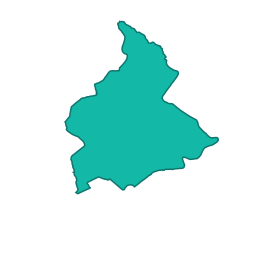 Sourou, Sourou, Burkina Faso (Albers equal-area conic projection), rotated 131°
{"feature_id": "67063806B20155029653315", "entity_name": "Sourou", "entity_type": "district", "adm_level": 2, "iso_a3": "BFA", "parent_name": "Burkina Faso", "parent_adm1": "Sourou", "projection": "albers", "projection_center": [-3.016, 13.252], "detail": "fine", "context": "isolated", "style": "filled", "palette": "teal", "viewbox_px": 256, "rotation_deg": 131, "n_neighbors": 0, "source": "geoboundaries", "source_scale": "gbopen_adm2", "svg_char_len": 5726}
<svg xmlns="http://www.w3.org/2000/svg" viewBox="0 0 256 256"><g transform="rotate(131 128 128)"><path d="M164.7,179.5L165.0,178.7L165.5,178.0L166.2,177.1L166.7,176.5L167.1,175.9L167.2,175.7L167.3,175.3L167.7,174.7L167.9,174.2L168.4,173.8L169.0,173.8L169.7,173.4L169.8,172.6L169.9,171.3L169.4,166.3L168.9,164.3L168.4,162.7L167.8,161.3L167.4,159.9L167.2,159.1L167.4,158.2L167.4,156.0L167.5,153.2L167.7,152.3L168.2,151.1L168.7,150.2L169.3,149.5L169.7,149.2L170.5,149.1L179.4,150.8L184.0,151.6L184.8,151.9L185.6,151.9L186.5,151.9L187.4,151.6L188.1,151.0L188.9,150.6L189.2,150.4L189.6,149.3L189.8,149.1L190.2,148.2L190.5,147.7L190.9,147.4L191.8,146.6L192.2,145.8L192.4,145.3L192.7,144.7L193.3,144.4L193.6,144.1L193.7,143.8L194.3,142.7L194.4,142.1L195.2,141.1L195.4,140.5L195.8,140.0L196.3,139.7L197.3,140.2L197.3,139.2L197.4,138.8L197.7,138.5L198.5,137.9L198.7,137.5L198.9,136.7L199.0,136.2L199.0,135.6L199.1,135.2L199.6,134.3L200.1,133.9L200.2,133.4L200.5,132.9L201.0,132.5L201.6,132.2L203.0,131.7L203.6,131.1L204.1,130.5L204.5,129.8L205.2,128.7L205.9,127.6L206.8,126.1L207.2,125.5L207.5,125.2L207.8,125.0L208.1,124.9L208.7,124.9L210.9,125.0L210.7,123.7L210.6,123.0L210.4,122.8L210.2,122.6L208.3,121.8L204.7,120.2L198.2,117.2L198.0,117.3L197.9,117.4L197.8,117.6L197.9,118.2L197.7,118.9L197.5,119.6L197.0,120.5L196.9,121.0L196.7,122.3L195.8,122.7L195.3,122.8L195.2,122.7L192.5,121.6L184.3,118.2L184.1,117.9L183.8,117.2L183.4,116.0L183.3,115.6L183.1,114.9L182.6,113.5L182.3,113.1L181.8,111.7L181.2,111.1L180.6,109.6L180.5,109.2L180.3,108.9L179.9,108.8L179.5,108.8L179.4,108.8L179.2,108.4L178.4,108.2L178.4,107.8L178.4,106.6L178.3,101.8L178.3,94.3L178.2,91.5L178.1,91.3L177.8,91.1L177.5,90.8L177.1,90.5L176.7,90.4L176.4,90.6L175.9,90.7L175.4,90.9L174.7,91.0L174.2,90.9L173.3,90.9L172.1,90.8L171.5,90.7L170.8,90.2L170.4,89.9L169.9,89.3L169.4,88.9L168.6,88.1L168.6,87.8L168.3,87.1L168.2,86.6L168.0,85.6L168.2,84.6L167.7,84.4L167.0,84.3L166.3,84.2L164.7,83.8L162.5,83.4L159.7,83.0L154.8,81.8L153.2,81.5L152.0,81.3L150.9,81.1L150.3,81.2L150.1,81.1L149.4,80.6L148.6,80.4L147.5,80.1L146.6,80.3L145.7,80.2L144.4,79.8L143.6,79.3L142.7,78.7L142.0,78.3L141.8,78.2L141.6,78.1L141.3,77.9L139.8,77.0L138.7,75.9L138.4,75.5L137.9,75.5L137.8,75.3L137.2,74.7L137.0,74.4L137.1,74.1L136.8,74.0L136.6,73.8L136.6,73.6L136.1,73.3L135.9,73.0L135.7,73.1L135.1,73.0L134.7,72.7L134.5,72.4L133.7,71.5L131.2,68.9L130.0,67.1L129.6,67.0L129.3,66.7L128.4,66.1L122.8,60.7L121.8,60.1L120.9,60.0L119.2,60.7L118.4,61.6L118.2,62.2L115.8,66.4L114.7,67.2L113.8,67.2L112.5,65.2L111.1,60.7L108.8,58.5L105.6,55.7L104.9,55.5L102.6,55.3L100.6,55.4L98.7,56.0L95.1,57.0L92.5,57.1L88.6,55.3L85.6,53.3L84.0,52.7L80.4,51.7L78.7,51.7L77.6,52.1L76.7,53.7L76.9,54.5L77.4,55.3L80.4,58.2L81.3,59.6L81.4,63.1L80.9,65.9L81.2,67.0L81.1,70.1L80.8,72.5L80.6,75.0L79.3,77.6L78.9,77.8L77.6,79.9L77.1,81.8L78.0,85.6L79.1,91.2L80.2,99.9L80.4,103.4L80.5,108.9L80.7,110.5L83.1,113.8L83.2,115.4L84.0,117.4L84.1,119.2L83.2,121.8L81.2,122.7L78.5,123.0L73.3,123.5L67.7,123.9L65.7,124.2L63.1,124.2L60.3,124.5L57.7,124.7L54.4,125.4L53.3,126.1L52.8,127.1L52.9,128.4L54.3,131.4L55.1,135.7L55.2,137.5L54.7,140.4L53.0,142.5L52.1,142.8L52.2,143.0L51.5,144.0L51.7,144.4L51.7,144.6L52.0,145.1L52.0,145.3L51.9,145.6L51.7,145.8L51.1,146.0L50.2,145.9L49.8,145.8L49.5,145.9L49.3,146.3L49.2,146.6L49.2,147.3L49.1,147.8L48.7,148.7L48.7,149.0L48.8,149.3L48.8,149.8L48.7,150.1L48.3,150.7L47.9,151.1L47.7,151.2L47.6,151.4L47.4,151.8L47.3,152.5L47.1,153.0L46.8,153.2L46.0,153.8L45.7,154.1L45.7,154.4L45.7,154.9L45.9,155.4L45.8,155.8L45.7,156.1L45.3,156.5L45.1,156.7L45.1,156.9L45.6,156.6L45.3,157.7L45.3,158.0L45.5,158.6L45.8,159.2L46.3,160.3L46.5,160.9L46.7,161.5L46.8,162.2L46.6,164.4L46.6,164.6L46.9,165.3L47.2,165.8L48.8,166.4L49.4,166.7L49.7,167.1L49.9,167.6L50.2,168.2L50.4,168.5L50.1,169.0L49.9,169.3L49.6,169.9L49.4,170.3L49.2,170.9L49.1,171.6L49.0,172.2L48.9,173.5L48.7,173.8L48.4,174.4L48.0,174.8L47.6,175.3L47.4,176.5L47.5,177.4L47.6,178.5L48.0,178.9L48.3,182.2L49.0,183.0L49.6,183.4L50.0,184.2L49.8,185.2L49.0,188.4L49.2,188.8L49.6,189.7L50.0,190.6L50.3,191.5L50.1,191.8L49.8,192.5L50.4,194.4L50.4,194.9L51.0,196.8L51.2,197.5L51.0,198.7L50.5,200.5L50.8,201.2L51.5,202.2L52.8,203.7L53.0,204.1L53.3,203.8L53.6,203.8L53.9,203.8L55.0,204.2L55.5,204.3L56.1,204.1L56.4,203.8L56.7,203.0L57.8,201.4L58.3,200.9L58.7,200.4L58.9,199.6L59.0,198.8L59.2,196.5L59.4,195.8L59.9,194.2L59.9,193.5L60.0,192.9L60.4,191.9L61.1,190.3L61.9,189.5L63.1,188.7L65.2,187.7L67.7,186.6L70.3,185.6L71.4,185.0L72.4,184.2L73.3,183.2L73.8,182.3L74.1,181.2L74.2,180.1L74.0,179.2L73.6,178.6L73.3,177.2L73.3,176.6L73.4,176.4L74.4,175.5L75.4,174.9L76.3,174.4L77.2,174.1L78.7,173.8L80.3,173.6L82.0,173.6L84.3,173.6L85.4,173.6L86.6,173.8L87.7,173.8L88.5,173.5L89.1,173.2L89.6,172.9L90.3,172.3L90.6,172.4L90.9,172.7L93.0,174.8L93.6,175.5L94.4,176.5L95.2,177.5L96.6,178.6L96.9,178.8L97.3,178.9L98.2,179.0L100.3,178.9L102.0,178.6L103.7,178.5L104.9,178.5L106.4,178.2L108.1,178.1L108.7,178.2L109.4,178.4L112.6,179.6L113.5,179.9L113.8,180.2L115.2,181.1L116.1,181.4L116.5,181.6L116.9,181.8L117.5,181.3L118.2,180.3L118.7,179.5L119.0,179.0L119.7,178.4L120.0,177.8L120.6,176.8L121.0,175.8L121.8,174.6L122.0,174.4L122.0,175.1L122.2,174.9L122.9,174.3L123.3,173.9L123.5,173.7L123.8,173.5L124.1,173.5L124.6,173.9L125.5,174.6L127.1,175.7L128.5,177.1L130.0,178.0L131.0,179.0L131.8,179.6L132.6,180.0L133.4,180.2L134.7,181.5L135.9,182.4L136.8,182.6L137.6,182.7L138.6,182.8L139.6,183.1L140.5,183.2L143.4,183.8L148.4,184.5L149.1,184.6L149.6,184.4L150.5,183.9L152.1,183.0L153.5,182.1L154.6,181.5L155.8,180.7L157.1,179.9L157.5,179.7L157.9,179.6L158.4,179.5L159.6,179.6L161.8,179.5L163.2,179.4L164.7,179.5Z" fill="#14b8a6" stroke="#0f766e" stroke-width="1.5"/></g></svg>